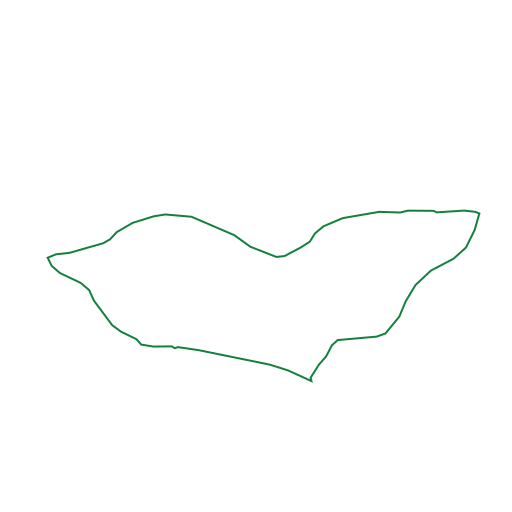 outline of San Gaspar Ixchil, Huehuetenango, Guatemala, rotated 113°
{"feature_id": "79465075B65859415879145", "entity_name": "San Gaspar Ixchil", "entity_type": "district", "adm_level": 2, "iso_a3": "GTM", "parent_name": "Guatemala", "parent_adm1": "Huehuetenango", "projection": "orthographic", "projection_center": [-91.718, 15.374], "detail": "fine", "context": "isolated", "style": "outline", "palette": "green", "viewbox_px": 512, "rotation_deg": 113, "n_neighbors": 0, "source": "geoboundaries", "source_scale": "gbopen_adm2", "svg_char_len": 865}
<svg xmlns="http://www.w3.org/2000/svg" viewBox="0 0 512 512"><g transform="rotate(113 256 256)"><path d="M129.6,67.0L129.7,71.6L132.9,82.2L145.2,106.7L145.1,110.3L154.9,133.9L159.7,140.4L167.2,159.8L187.2,190.9L202.2,205.4L212.1,210.5L221.9,212.1L230.5,218.0L244.9,229.7L248.9,236.9L249.7,264.7L245.3,284.1L245.1,330.7L253.2,355.7L259.4,365.6L273.7,382.5L288.4,393.5L297.8,396.9L304.2,401.9L326.1,429.1L332.6,440.8L339.0,447.1L344.9,440.2L348.3,429.8L349.3,406.7L352.6,396.2L360.4,387.8L375.9,361.3L378.4,350.7L379.3,333.5L382.4,327.1L379.5,315.2L372.1,298.2L372.6,294.7L370.4,292.3L365.1,272.1L350.6,200.7L348.8,181.6L349.5,156.1L346.7,158.2L331.3,155.6L320.9,152.2L308.5,151.2L301.5,148.0L283.1,113.5L276.8,106.6L255.8,100.4L239.0,100.5L220.3,97.8L201.1,89.3L181.3,73.1L166.1,66.0L146.7,64.9L129.6,67.0Z" fill="none" stroke="#15803d" stroke-width="2"/></g></svg>